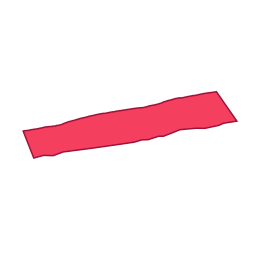 outline of Pinamar, Buenos Aires, Argentina, rotated 227°
{"feature_id": "61730980B99310691740446", "entity_name": "Pinamar", "entity_type": "district", "adm_level": 2, "iso_a3": "ARG", "parent_name": "Argentina", "parent_adm1": "Buenos Aires", "projection": "mercator", "projection_center": [-56.846, -37.107], "detail": "fine", "context": "isolated", "style": "filled", "palette": "rose", "viewbox_px": 256, "rotation_deg": 227, "n_neighbors": 0, "source": "geoboundaries", "source_scale": "gbopen_adm2", "svg_char_len": 5534}
<svg xmlns="http://www.w3.org/2000/svg" viewBox="0 0 256 256"><g transform="rotate(227 128 128)"><path d="M94.3,217.4L94.7,216.7L95.2,216.0L95.5,215.5L95.8,215.1L96.4,214.1L96.6,214.0L96.8,213.8L96.9,213.5L97.3,212.9L97.6,212.5L97.7,212.3L98.0,212.0L98.3,211.6L98.5,211.3L98.7,211.0L98.9,210.7L99.1,210.4L99.4,210.0L99.6,209.8L99.7,209.4L99.9,209.3L100.5,208.3L100.6,208.1L101.0,207.7L102.2,205.9L102.3,205.6L102.5,205.3L102.6,205.2L102.7,204.9L102.9,204.6L103.0,204.3L103.3,203.9L103.5,203.7L103.8,203.1L104.1,202.6L104.4,202.1L104.5,202.0L104.7,201.4L104.9,201.2L105.0,201.0L105.3,200.5L105.5,200.1L105.9,199.6L106.1,199.2L106.5,198.8L107.0,198.2L107.2,197.7L107.6,197.3L107.7,197.1L107.9,196.9L108.1,196.4L108.5,195.8L108.6,195.4L109.2,194.8L109.5,194.3L109.6,194.2L110.2,193.1L110.7,192.3L111.3,191.2L111.6,190.9L112.3,189.5L112.4,189.4L112.7,189.0L112.9,188.7L113.0,188.5L113.3,188.0L113.6,187.7L113.8,187.3L114.1,186.9L114.6,186.5L114.8,186.4L115.0,186.2L115.2,185.9L115.4,185.5L115.5,185.4L115.9,184.7L116.1,184.5L116.1,184.3L116.3,184.0L116.4,183.8L116.7,183.5L116.8,183.3L116.9,183.1L117.2,182.7L117.4,182.5L117.5,182.2L117.6,181.9L118.1,180.9L118.1,180.7L118.3,180.5L118.5,180.2L118.7,179.6L119.0,179.2L119.2,178.6L119.5,178.2L119.7,177.8L120.1,177.1L120.2,176.9L120.6,176.2L120.7,175.9L120.8,175.9L120.9,175.6L121.3,174.9L121.5,174.5L121.8,173.7L121.9,173.4L122.3,172.6L122.5,172.5L122.6,172.1L122.9,171.7L123.0,171.1L123.1,170.9L123.1,170.5L123.2,170.3L123.5,169.3L123.6,169.2L123.8,168.7L124.1,168.3L124.2,168.1L124.4,167.7L124.5,167.3L124.6,167.1L124.8,166.7L125.2,166.1L125.4,165.5L125.5,165.4L125.6,165.1L125.9,164.8L126.3,163.8L126.5,163.6L126.7,163.2L126.9,163.0L127.1,162.7L127.3,162.3L127.7,161.7L127.9,161.4L128.1,161.1L128.3,160.8L128.4,160.6L128.8,160.0L129.4,159.1L129.5,158.8L130.1,157.8L130.4,157.0L130.7,156.4L130.8,156.1L131.2,155.6L131.4,154.9L131.7,154.5L132.3,153.5L132.4,153.4L132.5,153.1L133.1,152.4L133.6,151.8L133.7,151.6L134.0,151.3L134.1,151.1L134.3,150.8L134.6,150.5L134.8,150.2L135.1,149.9L135.4,149.5L135.7,149.1L136.5,148.0L136.9,147.5L137.3,146.7L137.5,146.6L137.8,146.2L138.2,145.8L138.3,145.5L138.6,145.0L139.0,144.5L139.1,144.4L139.3,144.0L139.5,143.7L140.0,143.0L140.1,142.8L140.4,142.4L140.5,142.2L140.7,141.9L140.7,141.7L140.8,141.5L141.0,141.4L141.2,141.1L141.5,140.9L141.6,140.7L141.9,140.3L142.2,139.9L142.2,139.6L142.4,139.3L142.9,138.7L143.1,138.5L143.4,138.0L143.7,137.4L144.1,137.0L144.3,136.8L144.3,136.7L144.6,136.3L144.6,136.0L144.8,135.9L145.0,135.6L145.2,135.3L145.3,135.2L145.4,134.9L145.7,134.5L145.8,134.4L146.1,134.1L146.5,133.5L146.8,132.9L147.0,132.5L147.3,132.2L147.5,132.0L147.5,131.9L147.8,131.6L148.0,131.3L148.4,130.6L148.8,130.1L148.8,129.9L149.1,129.3L149.2,129.2L149.4,128.8L149.7,128.6L150.1,128.0L150.2,127.9L150.5,127.4L150.7,127.1L150.9,126.8L151.5,126.0L151.8,125.5L151.8,125.3L151.9,125.1L152.1,125.0L152.3,124.7L152.4,124.4L152.6,124.0L152.7,123.9L152.9,123.5L153.1,123.3L153.2,123.2L153.5,122.6L153.7,122.1L154.2,121.5L154.5,121.2L154.7,120.8L154.8,120.7L155.1,120.4L155.5,120.0L155.7,119.7L155.8,119.3L156.0,119.2L156.3,118.8L156.4,118.6L156.5,118.5L156.6,118.3L156.9,118.0L157.1,117.5L157.7,116.7L157.9,116.5L158.0,116.2L158.2,115.8L158.4,115.4L158.8,114.9L158.9,114.7L159.1,114.5L159.3,114.1L159.5,113.5L159.8,113.2L160.0,112.8L160.3,112.2L160.4,111.9L160.6,111.7L160.9,111.2L161.1,110.9L161.3,110.6L161.6,110.0L162.0,109.4L162.2,109.0L162.4,108.8L162.4,108.6L162.6,108.4L162.8,108.2L163.1,107.6L163.3,107.3L163.4,107.0L163.7,106.2L164.1,105.7L164.2,105.2L165.1,103.8L165.1,103.7L165.4,103.3L165.5,103.0L165.8,102.6L166.1,102.1L166.3,101.6L166.8,100.9L167.0,100.4L167.2,100.2L167.5,99.6L167.8,99.3L168.0,98.3L168.2,97.9L168.4,97.7L168.6,97.4L168.7,97.1L168.9,97.0L168.9,96.6L169.1,96.3L169.6,95.5L169.7,95.1L170.0,94.5L170.2,94.1L170.4,93.7L170.6,93.3L170.9,92.9L171.2,92.4L171.6,91.4L171.7,91.2L171.9,91.0L172.2,90.6L172.6,89.6L173.0,89.1L173.2,88.7L173.3,88.6L173.4,88.2L173.5,87.6L173.9,87.0L174.1,86.3L174.2,86.2L174.3,85.9L174.6,85.4L174.6,85.1L175.0,84.4L175.0,84.2L175.2,83.9L175.2,83.5L175.4,83.2L175.8,82.0L175.9,81.8L176.2,81.2L176.3,80.9L176.6,80.5L176.7,80.1L176.8,79.9L177.3,79.2L177.7,78.7L177.8,78.5L178.1,78.1L178.2,77.9L178.3,77.8L178.7,77.1L178.8,77.0L178.9,76.5L179.0,76.3L179.1,76.0L179.3,75.8L179.4,75.6L179.7,75.3L179.9,75.0L180.2,74.7L180.4,74.5L180.5,74.2L180.9,73.9L181.0,73.5L181.3,73.1L182.1,72.1L182.3,71.8L182.8,71.4L183.1,70.9L183.3,70.7L183.5,70.2L183.7,69.9L183.8,69.9L184.0,69.6L184.3,69.3L184.6,69.0L184.8,68.7L184.9,68.4L185.0,68.3L185.3,67.8L185.7,67.4L185.9,66.9L186.0,66.7L186.3,66.2L186.4,65.7L186.7,65.3L187.1,64.8L187.2,64.6L187.2,64.4L187.3,64.3L187.6,63.8L187.8,63.5L187.9,63.3L188.0,63.2L188.5,62.6L188.6,62.4L188.7,61.8L188.8,61.7L189.0,61.4L189.3,61.1L189.5,60.8L189.6,60.6L189.8,60.2L190.0,59.9L190.2,59.7L190.5,59.4L190.6,59.2L190.8,58.9L190.9,58.6L191.1,58.5L191.2,58.2L191.3,58.1L191.4,57.9L191.6,57.8L191.8,57.5L191.9,57.2L192.3,56.7L192.5,56.5L192.6,56.3L192.7,56.1L193.1,55.5L193.3,55.2L193.5,54.9L193.6,54.6L193.8,54.3L193.8,54.1L194.1,53.6L194.6,53.2L194.8,52.8L194.8,52.7L195.0,52.5L195.1,52.3L195.3,52.1L195.7,51.5L196.1,51.1L196.4,50.7L196.6,50.5L196.7,50.4L196.8,50.3L197.1,49.8L197.2,49.3L197.2,49.2L170.3,38.6L165.6,47.5L158.8,54.4L154.8,64.1L132.8,95.0L113.4,122.9L110.2,129.4L109.8,130.1L105.8,134.7L101.0,144.9L98.0,148.0L97.5,149.0L91.3,164.9L81.5,177.5L75.3,184.0L70.0,192.9L68.0,196.2L66.4,201.0L58.8,212.3L94.3,217.4Z" fill="#f43f5e" stroke="#9f1239" stroke-width="1.5"/></g></svg>